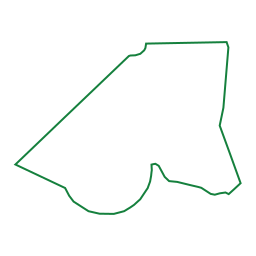 the district of Borkou, Borkou, Chad
{"feature_id": "50815135B4564368173337", "entity_name": "Borkou", "entity_type": "district", "adm_level": 2, "iso_a3": "TCD", "parent_name": "Chad", "parent_adm1": "Borkou", "projection": "mercator", "projection_center": [19.353, 16.669], "detail": "fine", "context": "isolated", "style": "outline", "palette": "green", "viewbox_px": 256, "rotation_deg": 0, "n_neighbors": 0, "source": "geoboundaries", "source_scale": "gbopen_adm2", "svg_char_len": 745}
<svg xmlns="http://www.w3.org/2000/svg" viewBox="0 0 256 256"><path d="M190.3,185.1L198.0,186.9L201.3,187.8L210.7,193.9L214.8,194.7L219.9,193.3L225.5,192.5L227.7,193.6L228.7,194.1L233.9,189.4L240.6,183.2L230.1,154.1L219.7,125.6L223.4,107.8L228.4,47.4L226.6,42.1L183.5,42.9L146.1,43.6L145.4,48.0L144.2,50.3L140.3,53.8L135.3,55.3L130.5,55.5L128.9,56.0L64.8,117.2L15.4,164.5L23.6,168.4L65.1,188.0L69.2,195.8L73.6,201.6L88.5,211.2L99.5,213.7L113.8,213.9L124.1,211.2L130.2,207.5L134.0,204.9L138.4,200.9L140.2,199.3L146.8,189.4L147.6,188.3L150.1,181.5L151.1,175.9L151.5,172.2L151.8,170.1L151.7,168.3L151.5,164.6L153.2,164.2L155.4,163.8L158.7,165.8L164.7,176.9L169.1,181.1L177.2,181.9L190.3,185.1Z" fill="none" stroke="#15803d" stroke-width="2"/></svg>